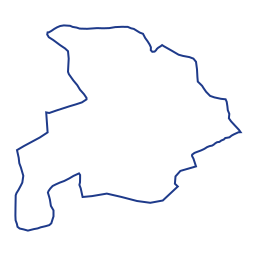 outline of Botkyrka, Stockholm, Sweden
{"feature_id": "70781695B67027071836241", "entity_name": "Botkyrka", "entity_type": "district", "adm_level": 2, "iso_a3": "SWE", "parent_name": "Sweden", "parent_adm1": "Stockholm", "projection": "robinson", "projection_center": [17.824, 59.162], "detail": "fine", "context": "isolated", "style": "outline", "palette": "blue", "viewbox_px": 256, "rotation_deg": 0, "n_neighbors": 0, "source": "geoboundaries", "source_scale": "gbopen_adm2", "svg_char_len": 2059}
<svg xmlns="http://www.w3.org/2000/svg" viewBox="0 0 256 256"><path d="M17.0,150.1L18.7,157.8L18.9,159.7L19.3,163.2L20.9,167.5L23.3,175.8L22.3,182.6L20.8,185.6L18.5,189.9L16.5,193.1L15.7,195.3L15.5,206.6L15.4,215.6L15.6,220.3L16.9,223.9L17.5,226.8L19.6,228.5L23.6,229.4L27.9,230.6L33.9,229.1L37.7,228.4L40.7,227.3L45.5,226.2L49.3,225.1L51.3,223.3L52.4,219.8L53.5,216.4L53.5,210.4L50.9,205.9L49.9,199.6L49.2,196.9L47.9,192.6L48.6,190.9L50.3,188.5L52.6,186.0L55.8,184.4L59.8,182.6L64.2,181.0L69.3,178.4L73.5,175.9L76.8,174.4L79.0,173.4L80.1,175.0L80.1,178.0L80.0,182.3L79.4,184.9L80.7,188.3L82.6,197.0L92.0,196.1L106.8,193.6L121.2,196.9L137.0,201.0L150.3,202.8L162.8,200.5L170.4,193.4L177.8,186.5L174.9,183.7L175.5,176.4L180.4,170.9L196.0,166.4L193.4,158.5L192.6,157.1L192.0,155.8L192.2,154.6L194.5,152.9L196.8,152.0L199.8,150.9L201.3,150.3L203.9,149.1L205.1,148.4L207.1,147.1L209.6,146.1L212.1,145.6L213.6,144.7L215.4,143.2L217.1,142.2L219.4,141.9L221.3,140.5L223.8,139.5L225.3,138.0L226.8,137.8L229.5,137.3L230.3,136.6L231.6,135.6L233.8,134.4L235.3,133.7L238.4,132.3L240.6,132.2L239.0,129.9L234.7,125.3L231.1,121.4L228.9,118.3L229.3,113.9L227.8,110.2L227.4,106.4L226.7,101.8L225.6,99.3L220.9,98.8L214.4,97.4L210.1,95.9L206.1,91.8L203.6,88.2L202.1,85.8L197.8,81.6L197.4,77.0L197.0,69.3L196.0,61.8L193.4,58.6L189.4,57.1L182.9,55.9L178.6,54.7L172.1,50.9L163.8,46.2L162.1,45.1L160.7,46.2L158.1,47.8L156.8,49.0L156.0,50.3L154.6,51.6L152.3,51.8L150.8,50.2L150.9,47.3L149.6,44.5L147.6,41.3L145.2,38.0L143.0,33.8L139.8,32.6L137.2,31.0L133.8,28.9L131.1,28.3L127.8,26.9L122.0,26.8L115.3,27.1L109.3,28.1L103.1,28.3L97.2,28.1L91.5,28.5L87.2,28.8L79.7,28.6L76.7,27.6L72.6,26.9L70.1,25.8L63.9,25.4L60.2,26.0L57.1,27.3L54.3,28.9L51.4,30.9L48.9,32.3L47.6,32.4L47.2,34.5L48.8,37.2L53.2,40.0L60.2,45.2L65.0,48.4L68.0,51.2L68.7,58.6L68.0,71.8L68.9,74.2L73.3,80.4L77.3,85.2L80.0,89.7L84.0,94.2L86.5,97.9L86.5,99.4L81.9,102.4L76.1,104.3L69.4,106.3L56.4,110.5L49.2,113.0L46.2,112.4L47.6,132.4L39.8,137.5L23.8,146.1L17.0,150.1Z" fill="none" stroke="#1e3a8a" stroke-width="2"/></svg>